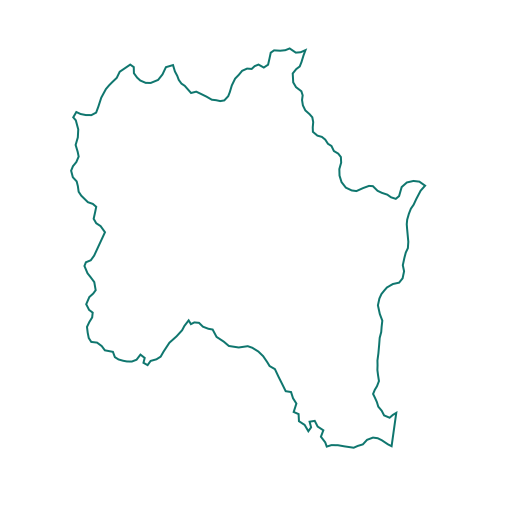 outline of Mogi Mirim, São Paulo, Brazil, rotated 173°
{"feature_id": "56859067B62614874395589", "entity_name": "Mogi Mirim", "entity_type": "district", "adm_level": 2, "iso_a3": "BRA", "parent_name": "Brazil", "parent_adm1": "São Paulo", "projection": "robinson", "projection_center": [-46.995, -22.438], "detail": "fine", "context": "isolated", "style": "outline", "palette": "teal", "viewbox_px": 512, "rotation_deg": 173, "n_neighbors": 0, "source": "geoboundaries", "source_scale": "gbopen_adm2", "svg_char_len": 3269}
<svg xmlns="http://www.w3.org/2000/svg" viewBox="0 0 512 512"><g transform="rotate(173 256 256)"><path d="M181.8,454.3L186.8,452.8L191.7,453.0L197.3,457.9L201.8,456.7L207.0,456.8L213.0,457.9L216.6,456.0L218.6,450.2L220.7,444.4L225.3,442.1L230.2,445.7L234.2,444.6L237.5,442.2L242.0,443.1L247.2,441.5L251.0,437.9L255.1,434.6L259.2,428.3L262.1,421.7L264.1,418.0L268.5,414.3L272.6,414.1L276.6,415.5L280.8,416.5L285.7,420.2L290.9,423.6L295.3,426.4L300.6,425.7L306.0,433.6L309.0,436.2L311.2,440.2L312.2,444.4L314.0,449.1L315.1,455.6L322.4,454.4L326.7,447.6L331.7,442.7L339.4,440.6L344.4,441.3L349.5,444.3L352.3,447.6L354.9,452.3L354.3,458.4L357.5,461.3L368.8,455.5L372.5,449.8L377.6,446.0L380.9,443.4L384.6,440.0L390.3,432.0L394.3,423.4L397.2,417.8L402.2,415.9L407.6,416.6L412.8,418.3L416.8,420.8L420.5,415.9L418.3,412.6L417.0,403.3L418.4,395.4L421.5,388.2L420.3,381.2L419.9,376.3L422.9,371.1L426.7,367.5L429.1,363.2L428.2,356.5L424.9,351.9L424.3,347.0L424.2,341.4L422.1,337.2L416.3,329.9L411.6,327.6L408.6,324.3L410.2,319.5L412.6,312.7L410.6,308.0L406.6,304.6L403.0,298.0L416.6,276.1L420.5,271.9L425.6,270.5L427.5,267.0L425.3,259.3L422.9,255.4L419.7,249.8L419.3,241.6L422.1,238.6L426.4,235.6L430.4,228.8L428.2,222.8L425.0,219.7L426.1,215.0L429.4,210.9L432.4,206.2L432.4,200.3L432.0,195.0L430.0,190.8L424.3,189.4L420.1,185.4L417.5,180.8L409.7,178.3L408.4,172.8L405.1,170.1L400.6,168.2L396.8,167.0L392.0,166.4L387.2,167.6L382.7,172.2L378.9,168.4L380.7,163.7L376.9,160.9L373.4,164.7L367.4,165.6L362.9,167.7L359.3,172.5L352.5,180.5L344.7,185.9L338.4,191.3L335.6,195.3L330.7,200.3L328.9,196.3L325.3,197.6L320.7,196.6L317.3,192.3L312.2,189.6L308.0,188.3L305.0,180.5L298.4,174.9L293.9,170.0L284.3,167.3L275.2,167.5L270.9,165.4L265.3,160.9L261.1,155.7L257.8,149.3L255.9,145.1L251.0,141.4L248.4,133.5L245.4,125.1L243.0,118.2L237.8,116.7L236.6,110.3L233.9,104.6L237.6,96.6L233.0,93.9L233.5,86.8L228.3,82.4L225.4,75.7L222.2,79.2L223.0,85.0L217.8,85.2L215.6,79.2L210.4,74.8L213.6,68.7L210.0,62.6L209.0,58.2L204.2,59.1L197.7,58.2L191.5,56.3L182.4,53.8L178.1,55.1L172.9,56.0L168.2,60.0L162.0,61.5L157.4,60.3L153.6,57.8L147.9,52.9L144.6,50.7L135.9,83.2L139.5,81.6L143.1,79.2L148.3,82.2L150.1,87.1L153.0,91.6L153.8,96.2L155.2,100.8L156.6,104.8L154.4,108.7L151.8,112.0L149.2,116.9L149.4,123.0L149.4,128.1L148.7,132.6L148.2,137.5L146.4,144.4L144.6,152.8L143.2,159.7L141.0,165.2L139.9,170.6L138.5,176.4L140.2,183.4L141.0,192.2L138.7,198.8L136.1,203.0L133.0,206.0L129.9,208.8L123.6,211.5L117.2,212.1L113.2,216.0L110.9,222.8L111.4,229.0L108.9,236.2L106.9,241.2L104.3,245.3L103.1,251.5L102.7,264.9L102.5,269.2L101.5,273.7L99.1,279.3L96.5,284.1L93.3,287.7L90.0,293.0L84.6,300.8L79.6,305.2L84.8,309.9L90.6,311.3L97.3,310.6L103.0,306.7L106.7,298.0L110.3,295.7L114.8,297.8L118.2,300.9L123.3,303.3L127.4,305.9L131.5,311.1L135.3,311.8L141.3,310.4L148.4,308.2L153.0,309.4L158.5,312.9L162.1,318.9L163.3,325.6L162.7,332.1L160.1,338.3L159.7,343.9L161.9,347.6L165.9,350.7L167.7,356.0L170.9,358.6L173.1,363.1L176.1,366.2L180.4,368.0L184.4,372.3L184.0,376.8L182.9,381.9L183.2,386.8L185.6,390.3L189.3,394.5L191.1,399.8L191.3,405.2L190.1,409.8L190.9,414.0L195.7,418.7L197.9,423.8L197.3,432.7L193.3,436.6L189.5,438.8L187.3,442.8L184.3,449.5L181.8,454.3Z" fill="none" stroke="#0f766e" stroke-width="2"/></g></svg>